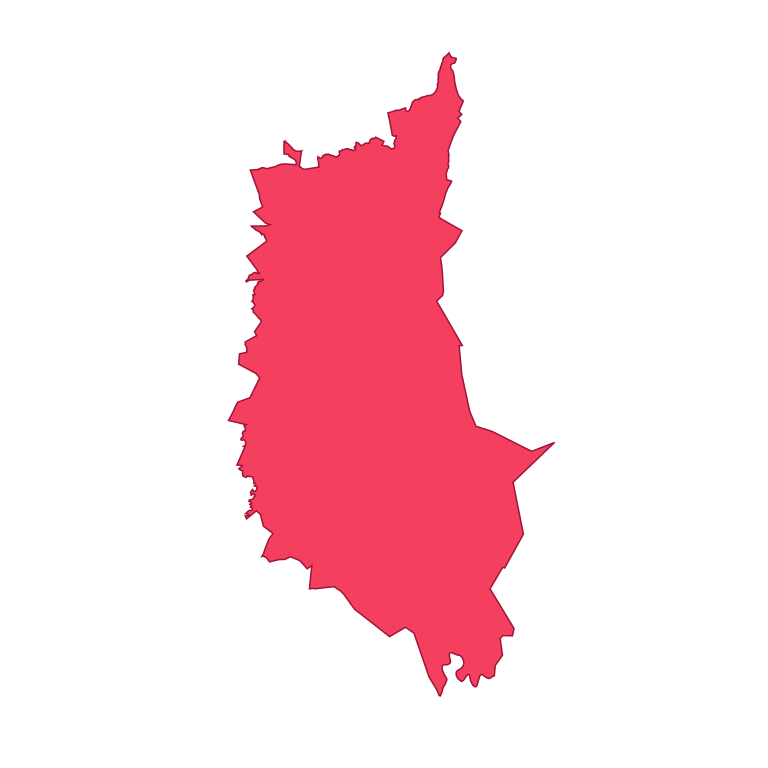 Mochitlán, Guerrero, Mexico, rotated 351°
{"feature_id": "50627088B81925526964077", "entity_name": "Mochitlán", "entity_type": "district", "adm_level": 2, "iso_a3": "MEX", "parent_name": "Mexico", "parent_adm1": "Guerrero", "projection": "natural_earth1", "projection_center": [-99.379, 17.343], "detail": "fine", "context": "isolated", "style": "filled", "palette": "rose", "viewbox_px": 768, "rotation_deg": 351, "n_neighbors": 0, "source": "geoboundaries", "source_scale": "gbopen_adm2", "svg_char_len": 6127}
<svg xmlns="http://www.w3.org/2000/svg" viewBox="0 0 768 768"><g transform="rotate(351 384 384)"><path d="M506.2,73.7L501.4,71.7L501.5,71.1L500.9,70.5L501.0,69.8L500.4,68.9L500.1,67.1L496.9,69.5L493.8,71.1L492.6,73.6L492.7,74.6L491.3,76.0L491.0,77.3L490.4,77.9L490.3,78.8L489.4,79.6L489.1,81.6L488.4,81.9L488.3,83.0L487.2,83.6L486.9,84.8L486.4,85.3L485.9,86.7L486.2,87.9L485.5,89.6L485.4,90.8L484.9,91.6L485.0,93.6L484.7,94.3L484.8,94.7L484.6,95.3L483.5,96.2L483.5,98.3L482.9,100.1L480.7,103.1L479.5,104.3L477.4,105.6L474.4,106.4L472.8,105.9L467.9,106.7L466.5,106.6L464.2,107.3L463.7,108.3L463.0,108.0L458.7,108.3L456.4,109.8L453.6,115.1L451.9,117.6L450.0,118.4L449.4,118.3L448.4,117.6L448.5,114.7L440.6,116.1L439.6,115.4L434.5,116.4L430.3,116.8L430.8,126.4L431.1,139.5L432.1,140.3L433.5,141.1L434.5,141.0L435.0,140.1L434.5,143.4L433.2,144.4L432.7,145.5L432.3,145.8L432.3,146.5L432.0,147.2L431.3,148.1L432.1,151.0L430.9,152.8L428.2,153.0L424.8,149.7L421.9,148.9L419.5,147.8L421.9,144.3L414.3,138.9L412.7,140.0L411.0,139.5L410.9,140.3L409.1,140.1L408.8,140.8L407.6,142.2L407.0,144.0L403.8,143.2L399.6,144.9L398.8,144.9L397.9,144.2L396.2,141.6L394.3,141.0L394.0,141.2L393.7,144.7L392.5,144.5L391.5,145.8L392.9,147.5L392.7,147.8L390.6,148.7L389.7,148.4L389.0,147.5L386.7,147.3L386.2,147.0L385.9,146.1L382.9,145.8L381.2,146.3L379.6,146.0L377.6,147.5L376.6,146.9L376.2,147.0L376.1,150.1L375.8,150.8L372.1,152.6L369.9,150.7L367.9,150.0L365.2,148.3L363.1,148.4L362.6,147.9L362.0,148.4L360.0,148.6L359.3,149.0L359.1,150.2L358.4,150.3L357.7,151.0L356.6,151.3L354.4,149.2L353.7,151.2L354.0,154.0L353.6,159.5L339.9,159.6L337.1,158.8L335.8,156.9L334.4,155.9L338.9,141.0L339.1,140.8L337.2,140.9L334.1,140.5L331.6,138.7L327.2,132.3L325.9,130.8L325.3,130.7L325.2,130.0L324.4,128.5L323.2,128.7L321.2,141.2L323.7,141.7L325.7,142.7L325.9,144.3L330.9,148.3L331.9,150.3L331.8,151.8L332.0,153.5L331.7,153.7L320.3,151.1L315.7,150.9L310.2,152.3L302.2,153.0L297.6,151.2L292.9,152.4L285.4,151.8L290.5,177.4L290.1,181.3L291.8,190.2L282.0,193.5L292.0,206.4L296.3,208.7L291.6,209.4L277.7,207.3L278.3,208.3L280.5,210.3L280.9,211.2L281.3,211.1L281.8,212.1L282.2,212.2L284.3,214.0L285.1,214.4L285.5,215.5L286.4,216.4L286.5,216.9L286.9,216.2L287.5,216.4L288.1,217.0L288.2,217.9L289.4,218.2L289.1,220.5L289.7,221.2L289.8,222.0L290.5,223.0L290.1,224.8L268.5,236.2L275.4,249.4L276.5,251.6L276.8,253.8L278.2,255.1L277.3,255.5L273.8,253.5L272.0,254.1L270.3,255.3L268.1,255.5L266.0,259.2L263.8,260.5L264.2,261.6L267.2,260.4L281.1,261.8L281.1,262.4L279.7,262.4L278.6,263.4L277.5,263.5L276.9,263.0L276.1,263.3L274.9,264.7L274.8,265.1L275.4,265.7L275.3,266.0L274.4,266.2L271.7,268.1L271.4,268.6L271.6,269.6L271.3,270.0L270.8,269.9L269.7,271.5L270.4,271.8L270.2,272.7L270.3,274.5L269.9,275.3L270.1,275.5L268.4,275.2L268.4,276.5L268.7,277.6L268.1,278.6L268.2,279.7L268.0,280.2L267.2,280.7L267.1,281.9L266.7,281.9L268.1,283.5L268.1,284.0L268.8,285.7L268.5,286.7L266.9,288.0L266.8,288.4L265.3,288.9L266.5,290.7L266.0,292.4L269.1,296.6L270.9,299.9L271.8,300.6L272.7,303.0L272.0,303.9L264.3,312.1L265.8,316.3L253.6,320.7L253.0,323.2L254.3,327.3L253.1,331.3L246.0,331.6L243.5,341.7L258.9,353.3L262.2,358.5L249.4,376.6L236.8,379.0L234.6,381.6L230.8,387.6L224.7,395.7L241.5,402.6L239.6,403.2L239.8,403.5L239.4,404.0L239.9,404.7L239.6,408.9L237.5,408.7L237.2,409.5L236.4,410.4L236.8,412.1L236.5,414.1L234.6,415.0L234.1,416.0L234.0,416.6L234.4,417.2L236.8,417.3L237.5,417.7L238.2,418.8L237.9,422.0L237.3,422.9L235.7,423.5L236.9,424.0L226.1,441.1L231.1,442.3L231.3,442.8L227.3,445.0L228.3,446.1L230.6,447.6L230.2,452.5L230.8,453.3L233.4,454.7L234.3,453.6L238.4,454.8L240.0,455.5L239.9,457.7L240.5,458.9L239.8,461.4L240.2,461.3L241.7,463.5L240.0,464.3L242.8,465.9L241.4,468.9L239.2,470.2L237.5,467.5L235.2,470.1L235.4,473.1L237.5,472.2L239.4,473.5L238.7,474.9L237.7,475.3L236.7,477.2L232.9,477.5L232.2,478.8L234.2,479.5L234.7,480.8L233.1,481.3L232.6,481.9L234.1,483.1L232.8,484.7L234.5,485.5L234.3,487.6L230.3,488.1L227.1,490.3L230.0,491.5L229.8,492.5L226.9,492.7L226.3,492.4L227.2,495.7L238.1,489.3L241.5,493.4L242.7,505.6L250.9,514.2L245.9,519.4L240.1,529.4L238.4,532.8L236.3,535.2L237.6,535.1L240.6,537.0L243.1,541.8L252.9,541.0L258.7,541.8L264.5,540.0L273.3,545.3L279.3,554.5L284.3,552.1L278.3,574.7L281.6,574.7L284.0,575.5L302.8,576.3L308.6,581.5L311.2,585.1L319.7,601.8L350.0,634.4L367.1,627.6L374.6,634.7L382.7,680.4L388.5,694.8L389.8,700.4L390.8,700.9L393.4,696.7L394.8,693.1L397.4,690.2L399.8,686.1L399.9,685.4L399.7,684.2L398.2,680.7L396.9,675.8L397.0,672.8L397.2,672.1L397.6,671.4L398.9,670.8L400.5,670.8L402.5,671.2L405.1,670.4L405.7,669.8L406.4,668.4L406.0,663.1L406.3,660.8L406.7,660.2L407.8,659.8L409.2,660.1L413.7,663.0L416.1,663.7L416.9,664.3L418.6,666.9L419.2,669.6L419.3,671.6L419.0,673.1L416.9,676.1L414.7,677.5L413.5,677.7L411.4,678.8L410.2,680.2L409.8,682.6L410.7,686.2L413.1,689.2L414.4,689.9L415.1,689.7L416.6,688.7L420.2,684.9L421.4,684.1L422.3,684.3L422.7,684.5L423.0,686.8L423.1,690.9L424.5,695.2L425.9,696.9L426.5,697.3L427.6,697.3L428.6,696.5L432.6,688.0L433.2,686.9L433.9,686.4L434.6,686.2L435.4,686.3L439.8,690.5L441.5,691.3L442.3,691.3L446.0,689.7L447.3,689.5L449.9,679.3L458.6,670.5L458.9,653.7L461.9,651.1L471.5,652.8L474.2,645.8L456.7,602.9L472.5,583.7L474.4,584.6L498.2,554.1L496.1,501.2L543.3,468.4L519.3,473.6L483.6,447.9L468.2,440.1L464.4,424.4L462.3,386.9L464.2,357.9L467.4,358.2L449.0,310.4L455.7,305.7L457.2,301.8L459.0,283.8L459.5,276.6L459.5,268.0L476.6,255.7L485.0,244.8L466.6,230.1L464.4,227.9L466.5,224.1L465.5,223.3L470.4,214.8L474.9,205.1L478.7,199.1L480.5,197.3L482.6,194.3L479.9,192.8L478.0,192.4L478.2,185.8L479.2,184.5L480.1,181.9L481.4,180.7L481.6,180.2L482.0,177.9L481.6,177.2L481.7,176.4L482.9,174.3L483.1,171.6L483.4,169.8L483.8,169.0L483.8,167.8L484.1,167.2L483.8,165.8L483.8,163.4L487.9,155.9L490.5,151.6L490.6,150.8L500.9,136.9L498.4,132.9L503.0,130.1L500.7,126.4L506.4,117.3L506.4,116.2L505.2,115.4L503.3,111.8L502.5,109.8L501.6,104.6L501.1,96.6L501.4,91.6L501.2,87.2L500.8,85.3L499.9,83.9L499.3,82.0L499.7,79.4L501.6,78.3L504.0,78.1L505.9,75.2L506.2,73.7Z" fill="#f43f5e" stroke="#9f1239" stroke-width="1.5"/></g></svg>